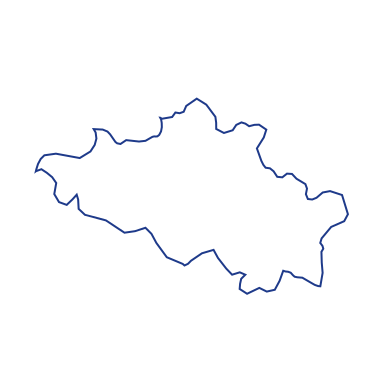 the border of Haskovo, rotated 188°
{"feature_id": "BGR-2232", "entity_name": "Haskovo", "entity_type": "Province", "adm_level": 1, "iso_a3": "BGR", "parent_name": "Bulgaria", "parent_adm1": "", "projection": "natural_earth1", "projection_center": [25.843, 41.878], "detail": "fine", "context": "isolated", "style": "outline", "palette": "blue", "viewbox_px": 384, "rotation_deg": 188, "n_neighbors": 0, "source": "natural_earth", "source_scale": "10m", "svg_char_len": 1750}
<svg xmlns="http://www.w3.org/2000/svg" viewBox="0 0 384 384"><g transform="rotate(188 192 192)"><path d="M349.5,190.8L349.3,192.9L348.4,198.3L346.4,203.7L343.3,207.8L332.1,211.0L307.9,210.0L298.2,218.0L294.9,225.1L294.1,231.6L295.7,237.5L298.1,240.6L289.1,241.4L284.1,240.1L281.1,237.7L274.8,230.9L272.9,229.8L269.5,229.6L264.4,234.2L251.5,234.6L245.2,236.2L238.9,241.1L237.2,241.8L235.6,241.9L234.0,242.3L232.4,244.0L231.1,247.7L230.9,252.0L231.6,256.2L232.7,259.6L233.8,261.1L233.6,261.1L232.1,260.3L222.1,263.5L219.5,268.4L215.2,268.3L211.4,270.3L209.7,276.4L200.3,285.1L190.0,280.5L179.3,269.7L177.7,263.9L176.8,257.8L168.6,254.9L160.3,258.8L157.5,264.6L152.7,267.8L148.6,267.1L144.6,265.1L139.5,267.2L135.0,268.0L127.1,264.1L128.5,256.0L133.8,244.2L127.6,232.4L125.1,228.8L122.5,226.3L118.1,226.3L114.1,223.9L109.7,218.9L104.6,219.1L100.5,223.4L95.5,223.8L90.4,219.7L80.8,215.6L78.6,211.4L78.9,205.7L76.3,201.2L71.9,201.3L67.9,203.6L62.5,209.7L55.4,212.1L43.0,209.9L34.5,191.7L37.2,184.3L49.3,176.8L57.2,164.1L57.9,159.4L55.3,156.8L54.1,154.1L55.5,150.8L53.7,140.2L51.4,130.1L51.8,116.5L54.0,116.4L57.5,117.1L62.5,119.1L70.8,122.5L75.9,122.2L78.6,122.4L80.4,123.6L83.0,125.8L85.7,126.4L88.3,126.3L90.7,126.7L92.9,116.2L96.4,106.7L104.1,103.8L112.0,106.4L123.3,98.9L131.3,102.6L131.6,107.8L131.2,112.9L127.7,117.5L133.5,119.1L140.8,115.7L147.4,120.9L157.1,130.3L162.6,137.7L173.6,132.7L183.4,123.8L186.0,120.3L189.2,118.2L191.2,119.5L207.9,123.9L220.2,136.6L226.3,144.9L233.1,150.1L242.9,145.3L253.2,142.3L273.3,151.9L294.8,154.5L301.9,159.5L303.7,168.7L305.8,173.3L309.3,168.1L314.3,161.8L322.3,163.5L328.1,170.8L327.7,182.0L332.5,187.2L338.4,190.8L344.3,193.6L349.4,190.9L349.5,190.8Z" fill="none" stroke="#1e3a8a" stroke-width="2"/></g></svg>